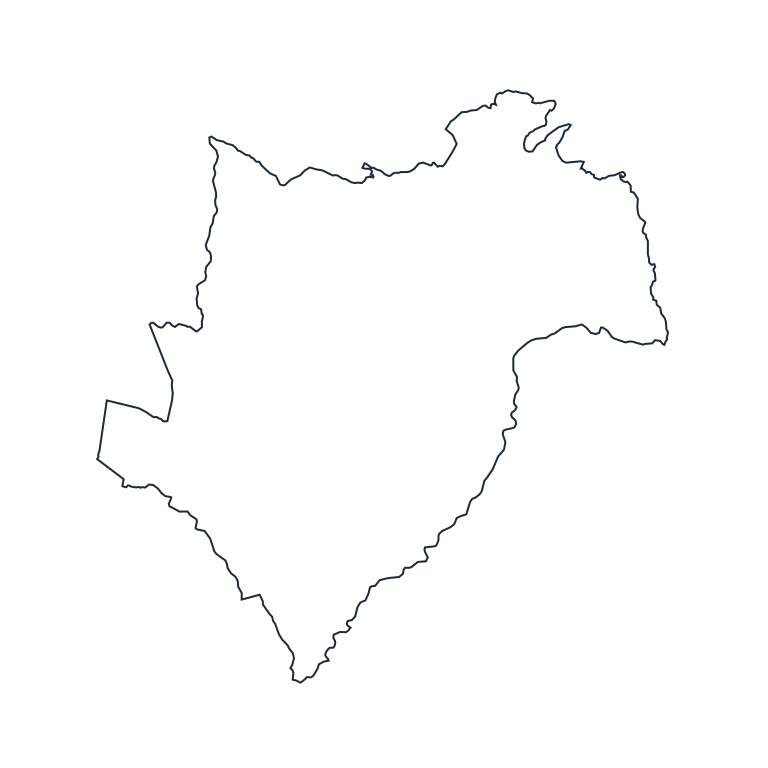 outline of Pahuatlán, Puebla, Mexico, rotated 7°
{"feature_id": "50627088B33192987993204", "entity_name": "Pahuatlán", "entity_type": "district", "adm_level": 2, "iso_a3": "MEX", "parent_name": "Mexico", "parent_adm1": "Puebla", "projection": "albers", "projection_center": [-98.132, 20.287], "detail": "fine", "context": "isolated", "style": "outline", "palette": "slate", "viewbox_px": 768, "rotation_deg": 7, "n_neighbors": 0, "source": "geoboundaries", "source_scale": "gbopen_adm2", "svg_char_len": 6133}
<svg xmlns="http://www.w3.org/2000/svg" viewBox="0 0 768 768"><g transform="rotate(7 384 384)"><path d="M329.4,688.6L333.0,689.0L337.6,690.6L341.8,686.4L342.9,684.5L347.0,684.1L349.1,682.6L350.3,680.3L352.7,674.8L353.6,670.1L358.1,666.9L362.7,665.4L362.0,663.8L359.3,661.3L358.6,659.8L359.3,656.7L361.1,653.7L362.4,652.4L366.1,651.8L366.9,649.8L367.2,646.7L366.5,644.6L364.7,642.4L364.6,639.0L370.8,635.4L376.5,635.0L378.5,633.2L380.5,629.9L377.2,628.1L376.4,626.9L376.4,625.2L377.0,623.6L380.8,622.3L383.7,618.3L384.9,608.7L387.2,603.7L392.0,601.0L394.1,593.9L394.9,587.4L396.8,586.2L399.8,585.4L403.5,579.3L411.5,576.2L422.5,573.7L426.0,570.0L426.0,566.2L427.3,563.8L431.4,563.4L433.5,562.4L439.3,556.5L447.3,554.8L448.6,550.7L445.0,545.4L444.3,543.3L444.6,541.2L454.4,538.8L455.6,537.9L457.1,532.8L456.6,527.7L457.4,525.4L459.8,522.7L467.2,518.2L470.8,514.6L472.5,508.2L476.3,505.7L481.5,503.4L483.9,490.4L485.7,487.1L488.1,486.0L492.0,482.3L494.0,478.8L495.4,467.9L497.6,464.6L502.5,454.8L506.1,442.0L511.1,434.5L511.6,427.0L508.0,419.5L508.1,416.1L509.8,414.7L517.5,411.9L518.9,410.8L519.9,407.9L519.5,405.3L518.6,403.8L515.2,401.5L513.9,399.1L514.3,396.9L517.5,393.7L518.4,390.7L515.6,387.8L515.0,385.3L515.7,378.2L518.1,373.4L518.2,371.3L515.3,364.8L515.2,360.9L510.7,354.7L509.2,342.7L509.8,340.1L513.2,334.4L521.4,325.6L525.0,322.7L529.6,320.6L539.4,318.4L544.2,314.3L546.0,313.8L548.5,311.9L553.7,307.0L557.2,305.4L567.4,303.3L572.5,300.9L574.3,301.3L578.2,303.6L582.9,308.0L588.2,308.6L591.3,307.0L592.5,301.5L594.1,301.3L599.4,303.9L604.3,309.4L606.7,310.7L618.4,313.3L622.9,311.8L625.5,311.7L636.2,313.4L638.1,312.4L645.2,311.0L647.8,307.4L652.9,307.6L656.3,310.7L657.5,311.0L658.3,307.5L659.6,305.3L659.0,304.1L659.6,298.1L657.6,295.1L656.3,288.1L654.7,284.6L650.5,280.1L648.9,274.7L645.0,272.0L644.1,268.1L640.9,267.6L640.8,265.3L638.1,261.8L636.8,255.4L637.7,253.9L638.6,249.6L640.7,248.5L640.7,247.4L639.4,241.1L637.7,238.5L637.7,236.9L638.9,234.7L637.6,232.1L635.1,233.1L632.8,231.5L632.1,230.0L631.6,226.7L630.2,223.6L628.5,210.0L626.4,206.6L625.8,203.9L622.7,202.3L622.2,201.2L622.0,198.8L623.6,192.1L623.3,191.2L618.0,188.0L615.7,184.5L613.9,177.8L613.4,169.2L608.6,163.5L605.6,163.1L604.6,156.9L600.9,153.5L599.4,154.1L597.1,153.8L594.0,151.9L592.8,148.2L594.1,148.1L595.4,149.6L596.7,149.3L597.9,147.4L597.2,145.7L595.4,144.5L593.6,145.0L587.3,148.7L581.9,150.0L578.0,153.0L575.6,152.9L574.2,154.6L573.1,154.8L567.5,153.4L567.0,151.0L564.3,150.3L562.7,148.6L560.4,148.7L559.2,149.8L556.8,147.2L555.5,146.9L554.7,145.9L553.1,146.2L555.2,139.2L551.9,139.0L537.9,142.1L534.0,141.0L529.4,135.8L525.9,128.2L526.7,125.4L528.6,123.1L531.2,117.0L532.5,110.7L535.2,109.4L537.8,104.2L535.6,103.6L526.1,107.8L520.0,113.4L516.0,117.3L514.1,121.1L514.3,122.5L510.2,124.9L506.7,128.0L503.1,135.1L499.3,135.8L496.7,135.1L494.8,133.2L493.7,129.0L494.0,124.4L495.1,120.6L496.4,120.0L497.7,117.1L501.6,114.5L502.7,113.0L509.9,108.7L511.8,108.3L513.1,106.7L513.2,103.5L511.9,100.6L512.1,98.3L515.3,91.9L517.0,92.3L519.0,90.2L520.3,85.1L518.6,82.2L513.6,82.7L504.6,86.4L503.5,86.1L500.2,87.0L496.7,86.2L497.1,82.5L493.6,79.6L490.6,78.2L485.5,78.5L478.7,77.5L477.1,78.4L471.4,77.4L469.1,78.4L465.6,81.3L464.0,80.6L460.8,82.7L459.8,86.3L459.5,90.3L461.1,93.2L458.4,92.6L456.3,93.5L456.1,97.3L453.8,97.1L451.0,95.3L448.4,95.8L442.6,100.8L437.0,101.9L433.4,103.7L427.9,104.8L420.7,113.3L418.5,114.9L414.2,123.6L421.9,128.6L426.9,136.9L423.9,144.8L418.1,157.3L415.8,160.8L412.5,160.6L411.0,161.8L406.7,158.2L405.7,158.5L404.5,161.2L403.7,161.4L395.7,159.5L391.6,161.1L388.0,166.5L384.7,169.4L381.8,170.7L374.8,171.6L373.3,172.5L369.9,172.9L367.5,173.8L364.9,176.6L363.0,176.9L359.2,175.6L354.9,172.7L350.7,172.1L347.1,170.6L345.4,171.1L339.9,167.9L337.9,167.4L336.2,172.1L338.7,172.6L343.6,172.2L346.0,174.0L346.2,175.2L345.3,177.8L347.5,178.1L348.2,179.1L348.1,180.3L344.6,180.1L341.3,181.2L340.3,184.2L337.4,187.3L333.2,187.3L331.1,188.1L327.1,187.8L320.9,185.2L318.9,185.4L316.9,184.8L312.5,182.7L310.1,182.6L308.0,183.3L296.8,179.5L290.5,179.2L284.0,178.1L279.2,181.9L275.6,186.9L266.6,192.4L261.5,198.5L259.9,199.1L257.4,198.9L256.2,198.3L251.4,190.7L245.2,188.8L236.0,182.2L233.2,178.7L230.1,178.9L226.6,175.8L224.9,175.6L222.8,173.6L219.2,173.5L212.8,170.4L210.6,170.1L208.0,167.5L204.7,165.4L197.7,164.4L195.3,163.0L188.3,162.3L182.6,159.4L180.6,160.6L181.8,166.6L189.2,172.8L191.5,178.5L190.7,184.2L189.0,188.2L188.9,190.7L190.8,194.7L190.8,196.8L189.5,201.6L189.6,203.6L193.8,214.1L194.6,218.2L194.0,222.0L194.9,226.9L197.0,230.6L197.3,232.8L196.7,234.8L194.6,238.0L194.4,245.4L192.6,249.6L192.5,258.1L190.1,267.8L192.0,272.4L194.3,273.8L195.9,275.9L196.9,279.0L197.1,283.2L193.3,289.4L193.0,294.9L194.4,298.7L193.7,302.8L188.5,307.0L187.0,308.6L186.4,310.4L188.4,316.6L187.6,322.1L188.9,328.5L190.7,331.2L193.3,332.1L194.5,336.5L195.8,337.5L196.1,338.7L195.6,344.6L196.4,349.8L192.1,354.5L191.1,354.7L184.6,350.9L181.6,351.1L180.6,350.4L173.9,349.5L172.7,349.7L169.5,352.9L166.2,351.5L163.8,349.4L162.1,349.3L160.6,349.9L157.4,354.7L155.7,355.2L153.1,354.8L147.4,351.3L145.6,351.7L144.1,353.5L167.9,397.3L173.4,406.2L173.5,411.0L175.5,419.3L175.6,426.0L173.5,447.3L169.9,447.9L168.8,447.6L166.9,445.8L164.6,445.6L162.6,444.5L159.2,445.0L151.2,440.8L143.5,437.9L110.9,434.1L109.7,485.4L108.9,488.5L109.5,491.3L108.4,493.5L137.2,510.2L136.8,517.3L140.1,518.0L140.8,517.8L142.0,516.0L143.1,515.8L145.9,516.7L150.5,516.9L153.1,516.1L155.1,516.6L156.6,515.8L159.5,515.9L163.1,512.4L167.2,512.4L172.2,515.2L176.7,519.6L180.5,521.9L186.2,522.2L186.8,522.7L185.0,529.2L186.0,531.5L196.6,535.6L204.4,534.5L207.8,537.9L214.4,541.2L215.1,543.4L214.5,550.1L216.2,551.1L224.0,551.8L230.5,558.9L236.0,570.8L238.3,573.1L248.1,578.5L250.3,582.3L251.0,585.4L252.7,587.6L255.6,590.8L259.7,593.2L261.7,595.6L262.9,597.7L264.0,603.0L268.3,608.9L269.0,615.3L286.3,608.3L290.0,614.1L290.9,617.9L298.1,625.9L301.2,628.5L303.0,632.9L305.2,635.3L310.3,645.3L313.9,649.9L320.4,655.3L321.7,657.6L326.3,662.3L328.1,667.1L327.1,674.1L325.8,677.2L325.9,677.8L327.8,678.8L329.3,681.7L329.4,688.6Z" fill="none" stroke="#1e293b" stroke-width="2"/></g></svg>